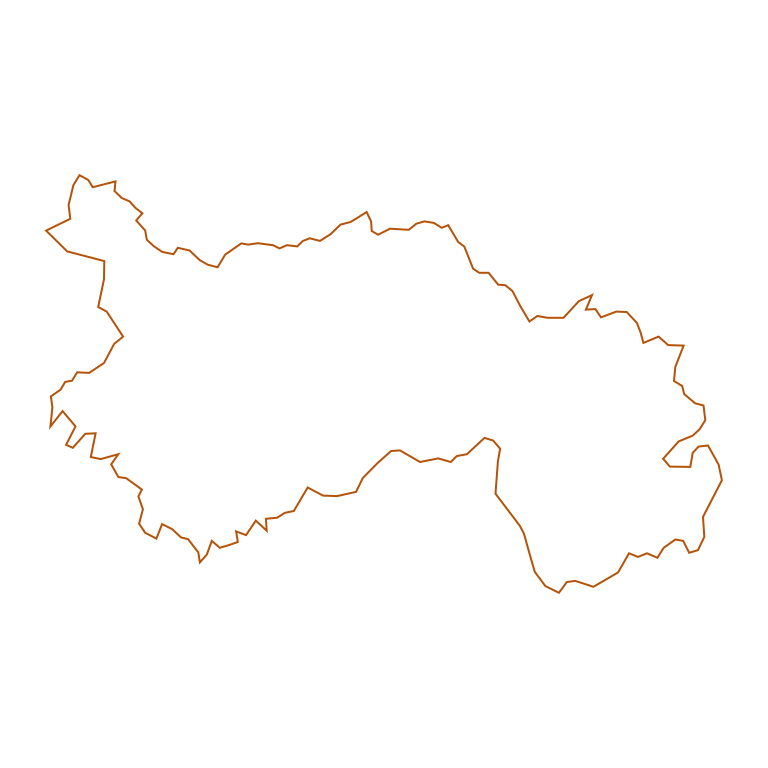 Trindade do Sul, Rio Grande do Sul, Brazil (Equal Earth projection)
{"feature_id": "56859067B60516557813465", "entity_name": "Trindade do Sul", "entity_type": "district", "adm_level": 2, "iso_a3": "BRA", "parent_name": "Brazil", "parent_adm1": "Rio Grande do Sul", "projection": "equal_earth", "projection_center": [-52.905, -27.526], "detail": "fine", "context": "isolated", "style": "outline", "palette": "amber", "viewbox_px": 768, "rotation_deg": 0, "n_neighbors": 0, "source": "geoboundaries", "source_scale": "gbopen_adm2", "svg_char_len": 2358}
<svg xmlns="http://www.w3.org/2000/svg" viewBox="0 0 768 768"><path d="M592.0,295.1L578.9,301.1L563.5,317.8L547.6,317.8L537.3,316.0L529.4,321.5L520.0,305.6L512.5,291.1L505.3,285.2L498.2,284.7L488.6,272.8L479.2,272.8L473.1,268.7L464.3,246.6L458.2,242.0L448.2,225.2L441.7,227.8L433.9,222.9L424.4,221.4L416.3,223.7L408.8,229.8L390.0,228.7L378.1,234.7L371.7,231.0L371.1,221.4L366.6,212.0L356.8,218.2L350.5,222.0L340.5,224.6L330.5,234.2L320.0,240.9L309.7,238.3L302.6,241.1L297.3,246.4L286.9,245.2L279.5,248.4L273.0,245.2L257.8,243.2L248.2,244.6L241.3,243.4L225.1,254.7L217.6,267.3L207.8,264.7L199.8,260.2L189.6,250.5L177.8,247.8L173.5,254.2L162.2,251.9L153.7,246.1L146.8,239.7L145.2,230.5L136.2,220.5L142.4,213.3L135.3,207.8L129.6,201.4L121.6,197.9L114.5,191.0L115.5,181.4L92.7,187.2L88.3,180.0L79.5,175.2L73.4,185.1L68.6,205.1L70.3,218.8L46.1,230.6L67.2,251.4L104.3,261.1L104.0,279.2L98.2,307.0L106.7,311.6L123.1,336.6L114.2,343.8L104.0,363.0L89.1,372.9L77.2,372.3L72.0,380.7L65.2,381.9L60.5,389.7L50.9,396.4L52.4,407.4L50.4,426.5L62.6,411.1L75.5,426.4L66.1,444.8L72.8,447.8L78.5,441.4L85.3,433.8L95.6,433.3L90.8,457.0L100.6,459.1L118.3,454.2L111.2,464.3L118.3,477.0L126.2,478.2L141.9,489.6L138.4,496.5L142.9,509.2L139.1,523.8L145.2,532.8L156.4,538.6L162.1,524.1L172.1,529.1L181.0,537.4L188.1,539.2L198.3,552.4L199.9,562.4L206.8,554.6L211.8,540.9L219.8,547.8L229.2,545.0L237.8,542.0L236.1,531.4L246.1,535.1L255.8,520.6L266.7,530.7L265.9,518.8L277.1,517.7L285.0,512.8L293.8,511.0L307.7,487.5L323.0,495.6L337.0,496.1L356.0,491.9L362.9,477.9L377.2,463.4L391.1,451.0L400.0,450.4L420.0,462.0L438.2,458.4L450.8,462.0L456.7,456.1L466.9,454.2L484.5,437.9L493.1,440.5L500.1,448.7L497.9,461.4L495.5,493.7L519.9,525.9L524.0,533.8L530.0,555.4L534.8,571.9L545.4,586.1L558.9,592.8L566.9,582.0L575.3,580.9L593.4,586.8L618.1,572.4L629.0,553.3L637.9,556.9L647.0,553.3L657.4,557.8L663.7,547.8L675.3,539.5L683.2,540.9L689.2,552.8L698.0,550.1L704.3,536.9L703.0,516.9L721.9,480.2L718.6,464.6L708.0,445.5L698.5,446.6L692.7,452.9L690.3,466.9L669.9,466.6L663.1,458.8L678.7,441.4L692.8,435.6L699.6,429.2L705.3,420.2L703.5,405.5L695.1,403.3L684.2,394.1L682.2,386.0L674.0,381.0L675.3,367.0L683.6,345.6L668.2,345.1L658.6,336.6L643.4,342.9L640.6,332.5L636.9,322.9L626.7,312.0L616.2,311.6L601.0,317.4L595.4,309.1L585.9,309.6L592.0,295.1Z" fill="none" stroke="#b45309" stroke-width="2"/></svg>